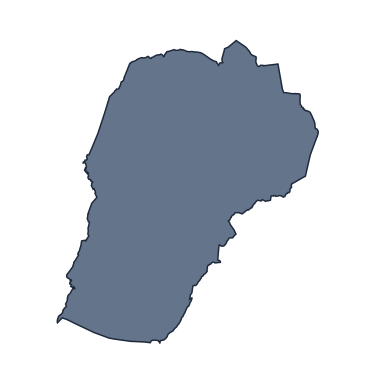 outline of Nahuatzen, Michoacán, Mexico, rotated 187°
{"feature_id": "50627088B19576991681559", "entity_name": "Nahuatzen", "entity_type": "district", "adm_level": 2, "iso_a3": "MEX", "parent_name": "Mexico", "parent_adm1": "Michoacán", "projection": "equal_earth", "projection_center": [-101.891, 19.65], "detail": "fine", "context": "isolated", "style": "filled", "palette": "slate", "viewbox_px": 384, "rotation_deg": 187, "n_neighbors": 0, "source": "geoboundaries", "source_scale": "gbopen_adm2", "svg_char_len": 5969}
<svg xmlns="http://www.w3.org/2000/svg" viewBox="0 0 384 384"><g transform="rotate(187 192 192)"><path d="M285.4,276.6L288.3,260.0L292.5,238.8L297.1,222.2L298.9,216.4L300.0,216.3L300.7,215.8L300.9,214.2L300.1,212.5L300.3,211.2L302.2,210.4L302.1,209.3L303.6,208.4L303.5,207.5L302.0,208.0L301.1,207.6L299.9,204.1L300.0,203.4L300.6,203.2L300.1,201.3L301.0,201.7L301.3,200.5L299.1,198.3L298.4,199.1L297.3,198.3L298.3,197.7L297.3,196.8L296.5,195.1L297.0,194.6L297.0,193.6L296.3,192.4L295.9,192.0L295.3,192.2L293.8,191.6L294.0,190.8L291.8,189.7L292.6,188.5L292.5,186.6L292.7,186.2L290.5,182.7L289.7,183.4L288.5,181.4L287.7,179.8L288.2,179.0L285.7,175.1L290.1,168.6L292.3,159.0L292.1,157.6L292.6,157.6L292.6,155.0L292.5,154.9L292.7,153.6L292.7,152.7L291.9,152.3L292.1,152.3L292.2,151.9L291.1,149.8L290.3,149.7L290.1,149.4L290.7,143.8L290.8,143.7L290.2,140.5L290.2,137.4L289.0,135.9L290.4,133.1L291.4,130.5L292.0,130.6L292.2,131.1L295.6,130.0L295.7,125.6L296.7,119.5L297.6,117.9L297.3,117.2L297.0,117.4L297.8,116.3L297.2,115.8L296.9,115.4L298.3,112.6L299.3,110.3L300.8,107.7L300.6,107.0L301.4,103.0L303.6,99.0L306.0,95.0L306.2,93.9L305.9,92.3L304.3,91.2L303.7,91.1L302.3,90.4L302.1,89.5L301.7,90.1L301.2,90.0L300.8,89.2L301.9,87.8L302.2,86.9L302.2,86.0L300.3,85.3L300.9,83.5L299.5,83.0L298.8,82.5L298.7,82.6L298.3,83.7L298.0,83.8L297.8,83.3L297.5,83.3L296.9,82.7L296.6,81.7L298.5,81.5L299.8,78.8L300.1,77.5L301.2,75.6L302.1,74.8L302.3,74.3L302.7,73.2L302.5,72.1L302.5,71.7L302.9,70.7L302.5,70.0L302.4,69.4L303.8,65.5L303.7,64.9L303.0,63.9L302.8,63.5L302.8,63.1L303.3,62.4L304.7,60.9L304.8,60.1L305.4,59.5L305.7,58.2L305.5,57.5L305.7,56.9L306.6,55.0L307.5,54.2L308.2,53.4L308.8,53.1L309.4,51.7L310.0,48.7L310.0,47.6L309.8,46.9L309.9,46.3L309.6,45.8L305.5,51.2L300.6,50.2L292.3,47.3L272.2,40.6L256.6,36.9L251.9,36.6L234.8,36.3L220.0,37.4L215.1,37.3L214.4,39.1L213.2,40.0L211.3,40.4L209.4,40.5L207.6,40.4L205.9,38.8L205.4,37.7L205.4,39.3L205.5,40.3L205.2,40.8L204.3,40.8L201.8,41.8L200.1,43.6L199.0,45.5L198.6,47.5L197.7,48.7L196.4,50.0L193.8,51.9L193.7,52.5L193.4,53.1L192.8,53.8L192.0,55.1L191.3,55.7L190.9,56.3L190.0,58.1L188.9,59.8L187.6,62.9L187.3,63.8L187.0,65.9L185.8,67.4L185.2,69.5L185.1,70.1L184.7,70.5L184.5,71.0L183.5,74.6L182.8,76.7L182.4,77.6L181.4,78.3L180.8,80.2L180.7,81.2L179.6,83.9L179.1,85.9L179.3,86.8L181.3,85.4L181.1,88.6L180.9,90.0L180.1,91.2L179.8,92.6L179.7,98.6L179.0,99.3L178.5,99.6L177.4,99.5L176.8,99.8L175.4,101.7L175.3,102.6L175.1,103.1L173.6,105.2L173.0,106.6L172.5,107.2L172.3,108.9L171.7,109.3L171.2,109.7L171.0,110.1L170.5,110.5L170.4,111.3L170.2,111.7L168.9,112.6L167.3,115.0L167.3,115.5L167.6,116.0L167.7,116.7L167.6,117.3L167.4,117.9L167.4,118.3L167.7,119.0L167.2,121.1L166.9,121.3L166.3,121.4L166.2,121.8L165.4,122.6L164.7,122.7L164.0,124.0L162.6,124.9L161.7,125.0L160.7,124.4L155.3,125.6L155.3,126.2L155.9,127.0L157.4,127.6L158.2,127.8L158.7,142.1L158.2,142.9L156.5,141.9L155.4,141.9L153.9,142.3L153.5,142.7L152.0,144.9L151.2,147.7L150.5,148.5L149.4,150.9L147.9,151.4L147.0,151.2L145.9,151.6L145.7,151.9L145.4,152.9L144.4,154.0L143.7,155.1L143.2,155.6L145.1,158.5L145.5,159.3L148.5,162.6L150.3,164.7L150.7,165.9L152.3,167.4L152.4,167.8L151.8,168.0L151.2,168.6L150.7,170.6L149.9,171.6L150.0,172.4L149.0,173.7L147.5,174.9L146.8,176.7L144.7,176.9L143.3,177.3L142.6,177.0L139.5,176.4L135.2,180.8L134.8,180.8L134.4,181.2L133.8,181.0L133.0,181.6L132.0,183.1L131.2,183.3L131.0,183.7L130.8,183.7L130.6,184.4L130.2,184.6L130.1,185.6L129.8,186.0L129.6,186.8L129.3,187.3L128.5,187.9L127.7,189.6L126.4,191.4L125.5,191.8L122.3,191.5L121.3,193.0L117.9,191.8L113.5,193.2L113.1,193.5L113.2,194.0L113.0,195.2L113.2,196.9L112.9,197.5L112.3,198.1L111.7,198.1L110.7,197.8L110.0,198.4L109.4,198.6L108.4,198.0L107.6,198.0L105.0,199.1L104.0,199.0L103.2,199.2L102.3,198.9L101.6,198.3L101.0,198.3L100.4,198.1L100.2,198.4L99.4,198.9L99.0,199.6L98.8,200.8L98.5,201.5L97.6,202.2L97.1,202.2L96.8,203.2L95.6,203.2L95.0,204.0L94.9,205.1L95.1,206.5L95.0,207.2L93.9,208.4L93.8,209.1L94.2,210.5L94.3,211.9L82.6,220.7L81.4,221.4L79.1,243.3L75.0,260.7L74.4,262.6L74.0,265.2L74.0,267.2L74.6,268.4L75.3,269.3L76.0,269.8L76.8,269.8L77.6,270.6L78.4,275.0L79.5,277.4L83.1,283.5L84.6,285.6L86.3,286.3L88.4,286.7L88.7,286.5L88.9,286.8L89.6,286.8L89.9,287.1L90.4,287.1L90.8,287.4L91.1,288.4L91.4,288.5L91.7,288.4L91.7,288.7L92.2,289.4L93.1,289.4L93.4,289.6L93.8,290.6L94.1,290.9L94.3,291.3L95.2,292.0L95.9,295.3L96.4,301.1L96.7,301.5L96.7,302.1L97.5,302.4L98.4,302.5L100.4,302.3L100.6,302.1L101.3,302.4L102.8,301.9L105.4,301.8L110.1,302.0L113.2,301.9L114.8,305.1L122.3,329.5L136.3,326.0L136.3,326.3L139.2,326.2L140.8,324.8L141.6,324.6L142.7,325.6L143.8,327.4L144.6,329.3L144.6,331.6L144.7,333.6L145.5,334.2L148.9,335.1L150.3,336.0L152.1,338.5L156.1,342.2L166.6,347.7L173.7,340.2L177.1,338.2L177.4,335.2L178.5,328.1L178.5,327.5L177.8,324.9L177.6,324.6L177.2,324.2L180.0,323.5L180.2,322.4L181.1,321.8L181.3,321.9L181.3,321.3L182.2,322.4L182.9,323.0L183.1,323.5L183.9,324.4L186.2,324.7L189.8,326.1L197.2,330.1L200.3,331.3L204.6,331.5L207.5,331.2L209.0,331.5L210.1,331.3L211.2,330.9L213.5,331.0L213.9,330.8L216.3,331.6L218.6,332.0L219.2,332.0L219.6,331.7L220.7,332.2L221.3,332.0L222.5,331.2L224.9,330.6L225.6,330.6L226.7,331.2L227.1,331.1L232.3,328.7L233.6,328.4L234.2,328.0L234.3,327.4L234.7,327.1L235.3,326.0L236.0,324.6L236.1,323.3L236.4,322.9L236.7,322.9L238.2,324.5L239.6,325.1L239.9,324.8L241.1,324.2L243.5,323.7L245.9,322.2L246.6,321.4L248.1,320.7L248.5,320.4L248.8,319.7L249.0,319.7L250.1,319.7L251.7,321.1L252.5,321.2L254.2,319.8L254.6,319.6L256.5,319.1L257.3,319.3L258.4,319.2L261.1,317.9L262.6,316.9L263.4,316.0L264.7,315.0L267.3,314.0L268.5,312.8L268.8,312.1L269.4,312.0L273.2,297.6L273.4,297.3L273.1,296.6L273.4,295.8L273.5,294.9L273.9,294.1L274.7,293.1L275.4,292.9L275.7,292.4L276.1,289.4L276.6,287.7L277.0,286.9L277.1,285.9L277.8,285.2L278.2,285.0L279.5,285.0L280.0,283.7L280.6,283.4L281.6,281.4L285.4,276.6Z" fill="#64748b" stroke="#1e293b" stroke-width="1.5"/></g></svg>